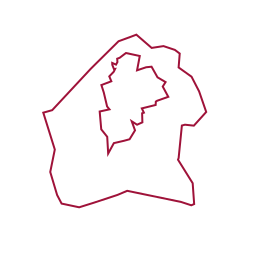 outline of Roanoke, Virginia, United States of America, rotated 287°
{"feature_id": "52423323B87249104839261", "entity_name": "Roanoke", "entity_type": "district", "adm_level": 2, "iso_a3": "USA", "parent_name": "United States of America", "parent_adm1": "Virginia", "projection": "albers", "projection_center": [-80.006, 37.266], "detail": "fine", "context": "isolated", "style": "outline", "palette": "rose", "viewbox_px": 256, "rotation_deg": 287, "n_neighbors": 0, "source": "geoboundaries", "source_scale": "gbopen_adm2", "svg_char_len": 1040}
<svg xmlns="http://www.w3.org/2000/svg" viewBox="0 0 256 256"><g transform="rotate(287 128 128)"><path d="M36.3,86.6L37.9,104.5L46.3,116.8L61.0,137.6L67.7,145.6L72.8,200.4L72.6,211.1L74.6,213.5L94.1,206.0L112.3,185.1L114.1,185.2L146.1,178.8L147.8,181.5L149.5,190.3L166.2,198.1L183.8,185.3L195.6,173.8L200.7,158.7L214.3,155.7L216.4,150.0L216.7,138.0L211.5,127.2L219.7,108.7L216.2,104.2L208.2,93.6L198.9,88.6L180.7,78.8L173.6,75.0L122.9,50.3L117.9,42.5L86.0,64.3L63.2,66.5L43.2,79.8L36.3,86.6ZM140.4,104.8L142.5,101.7L154.8,94.5L161.3,90.0L167.8,98.4L171.9,95.0L177.6,97.9L180.7,98.4L180.2,97.4L183.8,94.5L185.6,93.9L185.1,98.0L188.0,98.6L191.1,97.4L192.7,99.5L199.1,104.1L200.3,118.2L185.8,119.8L191.4,127.6L193.5,132.6L185.1,141.4L182.9,150.5L177.8,149.1L169.6,157.4L162.5,147.8L161.4,146.9L158.1,147.7L150.8,135.5L147.3,138.7L146.2,137.2L137.6,140.1L133.8,135.7L135.5,129.6L127.8,135.4L117.7,132.8L114.6,127.9L109.4,118.9L97.8,116.5L113.5,110.7L118.9,102.8L135.5,96.1L140.4,104.8Z" fill="none" stroke="#9f1239" stroke-width="2"/></g></svg>